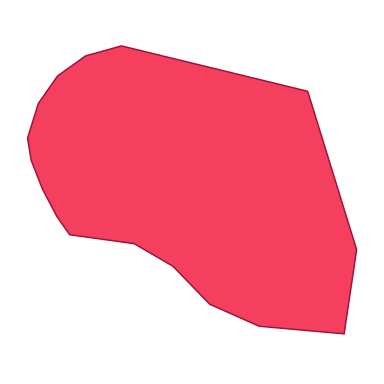 the Parish of Saint Anthony, rotated 177°
{"feature_id": "MSR-5087", "entity_name": "Saint Anthony", "entity_type": "Parish", "adm_level": 1, "iso_a3": "MSR", "parent_name": "Montserrat", "parent_adm1": "", "projection": "robinson", "projection_center": [-62.171, 16.712], "detail": "fine", "context": "isolated", "style": "filled", "palette": "rose", "viewbox_px": 384, "rotation_deg": 177, "n_neighbors": 0, "source": "natural_earth", "source_scale": "10m", "svg_char_len": 369}
<svg xmlns="http://www.w3.org/2000/svg" viewBox="0 0 384 384"><g transform="rotate(177 192 192)"><path d="M316.4,155.7L328.0,174.2L341.2,202.8L351.0,232.2L353.4,254.4L340.8,288.5L320.1,315.0L291.1,333.5L254.9,341.6L71.2,286.5L30.6,125.8L47.5,42.4L131.9,54.4L180.1,78.9L214.9,118.8L252.4,143.4L316.4,155.7Z" fill="#f43f5e" stroke="#9f1239" stroke-width="1.5"/></g></svg>